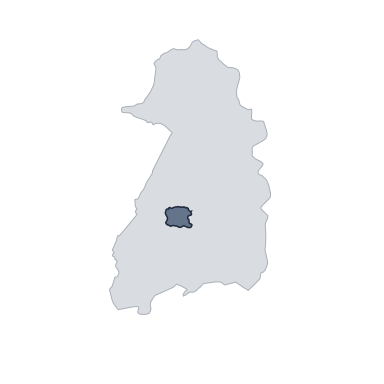 where Ganzourgou sits in Burkina Faso, rotated 117°
{"feature_id": "BFA-2828", "entity_name": "Ganzourgou", "entity_type": "Province", "adm_level": 1, "iso_a3": "BFA", "parent_name": "Burkina Faso", "parent_adm1": "", "projection": "albers", "projection_center": [-0.846, 12.259], "detail": "fine", "context": "in_parent", "style": "filled", "palette": "slate", "viewbox_px": 384, "rotation_deg": 117, "n_neighbors": 0, "source": "natural_earth", "source_scale": "10m", "svg_char_len": 4440}
<svg xmlns="http://www.w3.org/2000/svg" viewBox="0 0 384 384"><g transform="rotate(117 192 192)"><path d="M278.7,236.7L269.7,237.2L266.4,238.2L264.4,238.2L264.4,237.4L264.1,236.9L252.8,234.2L244.8,232.5L236.7,230.7L236.3,232.5L235.1,233.6L233.3,233.6L232.1,233.4L231.3,234.7L230.0,236.4L228.1,237.3L226.3,238.4L225.3,239.3L224.5,239.3L222.7,237.1L220.2,236.9L215.6,237.2L213.5,236.6L210.7,236.3L204.1,236.8L193.4,235.9L191.7,236.4L191.2,236.8L180.7,236.8L169.1,236.9L159.4,236.9L150.9,237.0L150.9,236.6L148.2,236.5L147.9,237.2L145.4,246.1L145.1,250.9L146.4,254.0L147.8,255.9L149.4,256.7L149.6,257.8L148.3,259.1L148.4,260.6L149.9,262.1L150.2,263.6L149.4,265.2L149.6,269.1L150.7,275.3L150.7,279.3L149.6,281.1L150.1,284.3L152.2,288.7L152.5,290.6L151.8,291.4L150.0,292.6L148.2,292.5L146.2,289.8L145.3,288.6L143.7,285.9L142.3,283.2L140.4,281.9L138.5,280.8L136.3,277.3L134.1,275.7L131.7,276.1L128.4,275.4L121.5,274.5L114.2,274.7L111.1,275.5L108.1,276.7L100.4,279.4L97.3,280.7L95.0,284.1L92.4,284.0L89.8,282.9L88.2,281.3L84.7,281.6L81.4,280.0L78.2,276.9L75.8,275.9L72.7,273.7L72.0,269.5L70.1,266.6L68.4,262.5L65.7,260.7L62.7,259.7L58.5,259.8L55.8,258.1L53.6,255.7L54.2,253.7L55.3,250.8L55.4,248.0L56.1,243.5L55.8,237.8L55.1,233.8L57.5,232.2L60.2,230.8L61.9,228.1L63.7,222.1L64.6,216.8L64.0,214.9L63.2,213.4L62.5,211.1L62.2,208.3L62.7,205.9L64.7,203.7L67.3,201.9L69.1,201.1L73.9,200.2L79.9,198.9L83.3,197.4L85.9,195.9L87.3,194.7L88.8,192.1L91.1,190.2L92.9,188.2L93.2,182.7L93.2,179.5L91.9,177.8L91.2,176.3L100.1,172.1L100.2,169.0L99.0,165.6L97.3,162.8L96.7,160.4L99.2,157.7L101.4,155.6L103.0,153.8L106.5,151.2L110.1,150.5L113.3,151.6L122.9,158.0L124.6,158.5L126.6,158.0L129.1,156.3L132.4,155.1L133.7,150.8L133.6,144.5L134.4,141.6L136.1,141.1L141.7,142.4L143.1,142.5L144.7,142.1L145.9,141.0L145.8,138.9L145.6,137.1L147.4,131.3L150.8,127.0L157.4,121.5L159.5,120.4L161.9,119.9L173.8,123.7L175.7,122.8L178.7,113.5L181.9,112.6L185.8,112.5L188.3,111.7L189.6,111.0L195.2,107.5L205.2,102.7L210.6,100.6L211.6,99.9L215.5,96.4L220.5,92.5L223.8,91.7L228.3,91.4L231.1,92.1L231.9,93.2L232.8,93.8L238.6,92.1L247.0,94.7L254.3,97.3L253.8,99.0L253.8,101.9L253.2,106.5L252.5,112.1L255.5,115.6L259.1,119.5L260.0,121.0L259.1,124.8L259.8,127.0L261.7,130.7L265.0,135.4L268.3,140.2L270.6,140.9L272.8,141.3L274.1,142.1L276.1,142.9L278.0,143.5L279.7,144.5L280.8,145.6L282.2,148.6L286.0,150.5L288.6,152.4L287.5,153.4L284.3,153.1L281.2,152.2L280.8,153.7L280.7,159.2L281.2,163.7L282.0,164.3L285.0,165.2L292.5,171.1L299.2,176.6L301.4,178.1L305.1,178.6L309.2,178.8L311.0,178.2L315.0,175.4L317.1,175.0L319.1,175.1L320.2,175.5L322.1,177.8L323.9,181.3L324.5,183.9L324.3,185.2L323.7,185.8L320.4,186.5L319.0,187.0L318.7,187.8L319.2,189.5L319.9,190.6L323.5,195.6L328.8,202.3L330.4,204.1L329.5,206.1L326.9,211.4L325.0,213.7L316.3,221.3L312.0,220.4L303.0,222.0L301.7,220.3L299.6,220.1L297.0,220.4L296.0,221.1L295.8,221.8L294.8,222.9L293.2,225.9L291.9,226.7L290.3,227.1L288.4,227.1L287.2,227.5L287.2,229.0L286.9,230.2L285.6,230.9L285.0,232.3L285.1,233.7L284.3,234.4L282.6,234.1L281.6,233.7L280.7,235.5L279.5,236.8L278.7,236.7Z" fill="#d9dde1" stroke="#a8b0b8" stroke-width="1"/><path d="M225.7,183.1L225.7,183.3L226.0,184.4L227.5,185.2L228.7,186.2L229.2,187.3L229.4,188.2L229.1,189.5L230.0,191.9L230.2,193.0L230.4,193.7L232.3,195.6L232.1,196.1L232.4,199.4L231.9,200.8L231.2,201.5L230.9,201.5L230.6,201.5L229.2,201.4L227.3,201.6L226.3,202.0L225.5,202.8L224.8,203.8L224.2,204.8L222.9,206.2L221.0,206.7L219.3,206.9L218.9,206.8L218.5,206.5L218.3,206.2L218.1,205.3L217.7,205.2L217.2,205.4L216.7,205.4L216.1,205.1L215.9,204.8L216.0,203.8L216.0,203.3L215.8,202.8L215.0,201.9L214.8,201.7L214.5,201.6L214.1,201.2L213.6,200.8L212.6,199.6L212.4,198.9L211.7,198.3L211.4,198.0L211.4,197.8L211.2,197.4L211.0,195.7L210.9,195.5L210.5,195.3L210.2,194.9L210.1,194.5L210.1,193.8L210.0,193.5L209.8,193.2L209.6,193.0L209.3,193.0L209.1,192.8L208.9,192.5L208.8,191.8L208.8,191.7L208.9,190.9L208.9,190.1L208.5,189.8L208.2,189.6L208.2,189.3L208.4,188.6L208.4,188.4L208.3,188.0L208.4,187.8L208.6,187.7L208.8,187.6L209.0,187.6L209.8,186.3L210.1,185.1L209.9,184.1L209.5,183.8L210.3,183.7L211.0,183.5L211.8,182.4L213.0,182.4L214.3,183.8L215.4,184.5L216.5,184.3L217.5,183.9L217.8,183.1L217.8,182.4L218.6,181.9L220.0,181.0L221.1,180.0L221.1,179.1L220.9,177.9L221.4,177.0L222.8,176.9L223.6,177.0L224.0,177.0L224.9,178.1L225.6,179.9L225.6,182.4L225.7,183.1Z" fill="#64748b" stroke="#1e293b" stroke-width="1.5"/></g></svg>